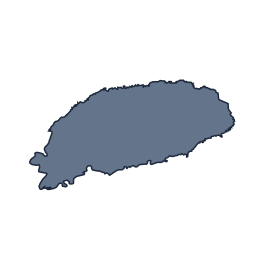 Múgica, Michoacán, Mexico (Equal Earth projection), rotated 73°
{"feature_id": "50627088B21289458615422", "entity_name": "Múgica", "entity_type": "district", "adm_level": 2, "iso_a3": "MEX", "parent_name": "Mexico", "parent_adm1": "Michoacán", "projection": "equal_earth", "projection_center": [-102.107, 18.967], "detail": "fine", "context": "isolated", "style": "filled", "palette": "slate", "viewbox_px": 256, "rotation_deg": 73, "n_neighbors": 0, "source": "geoboundaries", "source_scale": "gbopen_adm2", "svg_char_len": 5803}
<svg xmlns="http://www.w3.org/2000/svg" viewBox="0 0 256 256"><g transform="rotate(73 128 128)"><path d="M172.9,80.3L172.9,79.7L172.6,79.2L171.1,78.5L169.8,78.2L169.0,77.0L168.6,76.8L168.4,75.8L168.8,73.9L167.4,73.1L167.4,71.6L166.1,70.3L165.7,69.2L164.2,67.4L162.8,65.0L162.8,64.5L163.3,63.8L163.1,63.5L162.3,63.1L162.3,62.6L162.4,62.1L163.7,60.9L163.7,60.3L162.1,60.0L162.7,58.4L162.5,57.7L161.1,57.8L160.8,57.6L160.8,57.2L161.4,56.0L161.3,53.7L161.8,52.1L161.8,51.4L160.6,50.9L160.8,48.8L160.5,47.2L161.5,46.3L161.0,44.3L161.3,43.7L162.0,42.6L163.9,41.4L164.0,40.9L163.4,40.4L161.9,41.1L161.2,40.9L160.9,40.0L160.7,37.1L160.2,36.4L160.4,34.6L160.0,34.5L159.4,35.0L159.0,34.7L159.1,34.1L160.0,33.0L160.0,32.4L159.5,32.1L158.4,32.3L158.4,31.8L159.4,31.3L159.6,30.7L159.3,30.4L157.5,30.7L157.5,29.9L158.0,28.8L156.8,28.8L156.6,26.7L156.0,26.8L155.8,26.1L155.4,25.5L153.4,25.5L152.9,25.2L152.8,24.2L151.1,24.0L150.4,25.1L150.2,25.1L150.1,24.6L149.3,24.1L145.4,26.2L144.5,26.0L143.9,24.9L139.6,26.5L133.9,25.2L127.6,32.6L126.3,32.8L121.1,31.7L119.3,33.4L117.9,33.3L117.5,33.5L117.1,34.3L116.3,34.6L115.6,36.4L115.4,37.7L115.2,38.1L114.3,38.2L113.6,39.8L112.9,40.0L112.4,40.6L111.9,42.6L111.7,42.8L110.8,42.2L110.2,43.1L110.4,44.1L111.1,45.4L110.8,46.5L111.6,46.8L111.3,47.3L111.7,48.5L111.6,48.9L111.2,49.0L110.9,50.1L110.3,50.5L110.1,51.7L109.6,52.4L108.5,53.2L108.0,53.2L107.3,52.8L107.1,53.1L107.1,53.5L106.8,53.6L106.4,52.8L105.4,53.0L105.0,53.4L104.4,52.7L103.9,54.0L102.7,54.3L102.7,55.4L102.3,55.6L101.9,56.7L101.7,58.2L101.6,58.4L100.9,58.3L100.6,58.5L100.5,60.2L100.1,60.2L99.6,60.5L99.6,60.8L98.6,61.0L97.5,64.6L98.0,66.1L98.2,67.0L97.9,67.3L97.8,68.2L98.3,69.0L98.9,68.7L99.1,68.9L97.1,74.8L96.5,74.5L96.4,72.5L95.5,75.4L96.1,76.2L96.2,77.6L95.7,79.1L94.8,78.6L93.4,79.7L93.4,80.5L92.0,83.5L92.6,85.4L91.1,90.8L91.3,92.4L91.1,92.8L91.4,93.8L92.2,94.6L92.6,95.6L93.1,95.7L93.9,95.3L94.0,95.8L93.4,97.0L93.0,97.4L93.3,99.0L92.9,99.1L92.5,99.6L93.4,101.3L93.1,101.6L92.2,101.1L91.1,101.0L91.2,102.5L90.8,104.2L90.6,104.8L89.4,105.7L89.5,106.0L90.6,106.1L90.7,106.5L90.5,107.1L89.8,108.0L89.1,108.1L89.5,109.2L89.8,109.2L90.0,111.2L88.7,111.7L88.9,112.2L89.9,112.8L88.7,114.4L89.1,114.8L89.7,116.1L88.6,117.0L89.4,117.9L89.3,119.0L88.7,119.1L87.3,118.8L86.9,119.0L86.6,119.4L86.8,120.2L87.5,120.0L88.5,120.7L88.6,121.0L88.2,122.3L87.3,122.5L87.1,122.8L86.7,124.9L86.1,125.9L87.6,126.3L87.8,127.1L85.8,128.7L86.3,131.2L86.0,131.5L85.3,131.2L85.2,131.3L85.1,133.9L85.4,134.9L87.0,136.2L86.5,136.8L86.1,137.6L85.6,137.8L84.7,139.0L83.5,137.6L83.2,137.8L83.1,138.3L83.1,139.9L84.4,140.2L84.4,140.7L83.8,141.3L83.9,143.0L84.5,143.6L84.5,144.2L85.2,146.7L85.1,148.9L86.0,149.6L85.3,150.7L85.4,151.5L86.1,152.4L85.9,153.7L86.0,154.7L87.0,155.6L88.3,158.2L89.1,157.6L89.5,157.9L88.6,158.9L89.4,159.3L89.6,159.8L89.4,161.0L90.2,161.1L90.7,163.3L90.2,164.7L89.5,165.7L89.2,165.7L89.1,166.3L89.3,166.8L89.6,166.9L90.0,167.6L89.6,168.4L89.2,168.6L90.0,168.8L91.0,169.7L91.0,170.1L90.4,171.0L90.5,171.3L92.0,171.4L91.6,172.3L91.1,172.0L90.7,172.6L91.6,173.4L92.1,173.5L92.6,174.8L92.1,175.0L91.9,175.7L93.8,175.9L93.8,177.4L95.1,178.1L95.2,178.7L95.5,179.0L96.9,181.6L97.5,182.0L97.3,182.2L97.4,182.9L98.7,185.0L98.8,187.4L98.2,188.5L99.2,190.4L100.5,192.5L100.8,194.1L100.6,195.5L100.8,196.0L101.7,197.4L102.8,198.2L103.4,199.0L104.6,201.5L105.6,202.0L106.3,203.4L106.7,203.4L106.7,204.1L107.0,204.1L107.3,203.4L107.8,204.5L108.5,202.6L109.4,201.9L110.0,201.9L111.0,202.4L114.7,205.2L115.3,205.4L117.3,207.2L118.6,207.7L120.6,210.0L121.9,212.8L123.5,214.1L124.5,214.2L127.2,213.9L129.1,213.1L130.2,213.0L130.8,213.5L130.9,215.0L130.5,215.9L130.1,216.2L128.3,216.7L127.0,218.1L124.9,221.6L124.6,223.2L124.8,224.1L125.4,224.6L126.9,224.6L127.8,225.1L129.3,229.3L129.9,230.3L131.7,231.9L132.9,232.0L134.8,230.5L136.9,226.4L137.2,224.0L137.5,223.7L139.4,223.9L142.8,226.0L143.8,226.0L146.2,221.6L147.1,219.8L147.8,218.9L148.6,219.1L150.1,221.0L152.1,224.6L155.1,228.0L157.3,229.8L158.1,230.2L160.5,230.0L161.1,229.4L161.3,228.3L161.1,227.6L159.9,226.4L159.8,225.4L160.2,225.9L161.0,226.2L161.5,222.3L162.2,221.6L161.8,220.7L161.9,219.9L162.1,219.5L162.6,219.3L162.6,220.2L163.0,221.2L162.7,223.2L163.3,222.7L163.7,221.2L164.1,216.8L163.7,213.8L161.1,210.4L161.0,208.9L161.4,208.0L162.1,207.4L162.7,207.2L163.9,207.7L164.6,207.5L166.0,204.7L165.7,203.5L165.0,203.1L164.3,203.4L162.1,205.2L160.5,205.5L160.2,205.2L160.0,204.6L160.0,201.8L160.5,200.9L161.9,200.6L162.3,200.1L162.4,199.8L163.6,200.4L164.4,200.0L165.0,198.4L165.1,196.7L164.7,196.2L161.8,195.3L160.6,194.6L159.5,192.1L159.3,190.9L159.7,183.6L159.3,183.1L158.8,182.9L158.5,183.0L157.8,183.9L157.3,183.9L157.1,183.0L157.2,181.1L157.0,180.3L156.5,179.6L154.7,179.7L153.6,179.0L152.8,177.8L152.7,176.4L153.0,175.3L154.2,174.2L156.2,174.6L157.7,174.2L159.3,171.4L161.5,166.8L162.3,166.2L163.7,163.8L165.0,163.5L164.7,161.9L165.2,161.0L166.0,160.2L167.6,159.6L167.8,159.3L165.6,152.2L165.3,150.5L165.2,149.2L166.2,146.0L165.8,144.5L165.0,143.2L164.1,142.9L163.9,142.7L164.0,142.2L164.8,141.2L165.3,141.0L166.2,141.1L166.4,140.8L165.1,139.0L165.5,138.0L166.2,137.6L165.6,135.7L165.5,134.4L165.8,133.5L167.2,132.5L167.5,131.8L167.7,130.8L167.6,130.3L166.6,128.5L166.5,127.1L167.4,122.6L167.9,121.2L167.9,120.6L167.3,119.7L166.1,119.4L165.8,119.1L165.4,118.3L165.2,117.4L165.5,116.6L166.1,115.9L168.3,117.0L169.2,116.8L169.7,116.1L169.5,110.0L169.7,108.7L170.4,107.4L170.5,105.3L170.4,104.3L170.0,104.1L169.9,103.6L170.3,102.6L171.1,101.8L171.4,100.6L170.8,100.2L169.6,101.7L168.6,101.7L167.9,100.6L167.8,98.5L167.1,97.3L166.9,96.1L167.6,95.2L168.4,93.1L168.3,90.7L168.7,89.0L168.1,87.1L168.4,86.2L168.8,85.8L168.8,85.2L168.3,83.8L169.9,82.9L170.0,82.2L169.6,81.4L169.9,80.6L170.6,79.9L172.9,80.3Z" fill="#64748b" stroke="#1e293b" stroke-width="1.5"/></g></svg>